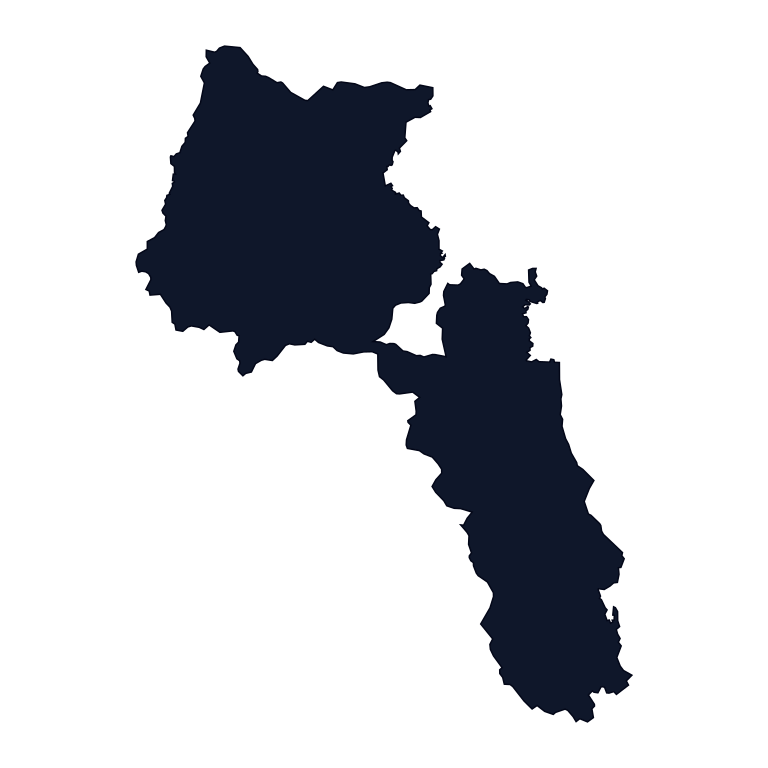 Luong Son, Ha Noi, Vietnam (orthographic projection)
{"feature_id": "81297802B92770026846870", "entity_name": "Luong Son", "entity_type": "district", "adm_level": 2, "iso_a3": "VNM", "parent_name": "Vietnam", "parent_adm1": "Ha Noi", "projection": "orthographic", "projection_center": [105.569, 20.782], "detail": "fine", "context": "isolated", "style": "filled", "palette": "ink", "viewbox_px": 768, "rotation_deg": 0, "n_neighbors": 0, "source": "geoboundaries", "source_scale": "gbopen_adm2", "svg_char_len": 6091}
<svg xmlns="http://www.w3.org/2000/svg" viewBox="0 0 768 768"><path d="M420.4,117.5L430.6,111.6L429.9,109.9L431.9,108.7L430.2,105.7L429.0,106.3L427.9,103.0L428.5,99.7L430.7,99.2L432.9,95.9L432.8,87.7L419.9,85.1L415.1,89.6L406.3,89.8L390.4,82.6L387.2,82.2L381.7,82.8L369.7,86.8L364.4,87.5L354.9,83.8L341.2,82.0L337.4,82.6L332.8,89.9L323.5,86.3L307.8,100.6L304.9,100.3L290.7,92.4L282.6,83.0L280.9,82.0L277.0,82.7L268.6,77.6L265.6,76.3L261.5,76.0L257.2,73.1L257.9,71.5L257.6,69.5L252.9,64.2L248.1,56.4L240.1,47.6L224.5,46.1L219.4,48.1L216.6,51.4L214.6,52.2L206.3,50.2L206.2,56.8L209.8,63.1L205.1,66.5L203.2,69.0L200.8,76.3L204.4,82.9L200.4,103.1L193.2,115.1L194.8,118.5L195.0,121.1L187.5,132.7L188.1,136.4L185.4,138.3L185.2,142.4L181.9,146.3L179.9,152.7L176.3,153.9L174.0,156.6L170.9,155.8L170.4,157.0L170.9,163.6L174.4,166.4L174.5,172.4L175.5,174.0L173.3,174.1L172.5,180.6L174.3,181.1L174.5,182.1L172.3,183.4L172.7,186.3L169.3,193.2L169.9,194.3L166.9,195.4L166.6,197.7L164.8,200.4L165.6,204.2L162.0,210.3L163.0,213.2L166.0,216.2L165.3,220.6L166.3,224.7L165.7,226.5L164.0,229.6L158.6,232.5L154.6,237.6L147.3,241.5L147.3,249.1L138.4,254.2L136.1,261.9L136.4,265.4L138.7,272.3L141.8,271.2L145.6,271.8L148.6,273.6L150.8,277.4L150.9,279.7L145.9,289.5L149.2,291.0L150.0,295.1L160.4,294.3L166.1,303.1L170.0,307.2L171.6,311.1L172.2,322.3L174.9,324.1L176.0,330.0L182.8,331.3L187.8,327.0L191.3,325.9L199.2,327.3L203.9,329.5L209.1,324.9L219.9,332.3L233.0,330.9L234.9,331.6L237.2,335.3L239.1,335.7L238.6,342.1L235.9,344.9L233.8,351.3L236.9,358.8L239.6,360.7L240.0,363.2L238.0,369.1L238.5,371.4L242.9,375.8L245.7,373.4L251.4,372.0L255.5,363.6L261.3,360.3L264.7,359.3L272.4,360.5L277.1,356.1L285.5,345.4L289.4,343.8L294.8,344.9L304.9,344.3L307.4,341.3L311.2,342.3L314.7,339.2L318.5,342.5L327.3,345.9L333.0,346.7L337.1,350.6L343.3,353.0L353.3,353.9L363.6,351.9L372.2,351.7L377.8,354.0L378.0,370.1L379.5,376.7L383.6,379.9L392.6,390.8L396.5,393.7L399.6,393.9L412.7,392.1L419.7,397.4L414.9,401.3L416.2,411.3L416.0,414.8L407.8,420.7L408.1,422.4L410.9,425.2L406.5,439.8L406.2,445.0L407.4,448.4L419.4,450.6L424.0,453.9L432.3,457.1L438.1,463.8L441.6,469.1L441.7,473.2L435.9,479.7L432.1,486.5L435.7,492.3L443.8,500.7L446.8,505.8L454.2,508.3L460.6,508.6L472.2,512.1L467.2,518.2L463.6,525.2L460.7,524.9L467.0,532.3L469.0,535.7L468.6,544.4L471.5,552.9L469.3,555.9L469.3,557.7L470.9,560.8L473.4,562.6L473.5,565.8L476.3,573.1L478.2,575.7L487.4,582.0L493.4,592.7L493.5,596.6L490.0,607.9L480.7,624.0L492.7,638.9L489.9,644.4L490.4,649.4L493.5,655.9L502.1,667.7L499.7,669.8L499.8,673.6L502.7,677.4L504.3,684.2L510.1,684.5L512.8,686.6L524.1,701.1L532.1,709.0L537.1,705.5L544.7,711.4L553.3,714.4L555.5,712.4L565.1,709.1L567.8,710.4L573.1,716.6L576.1,721.6L579.8,718.7L587.5,721.9L593.4,717.6L591.9,708.8L594.5,706.1L594.4,704.3L588.4,695.0L592.4,690.9L593.9,692.2L597.9,692.8L601.0,686.9L602.6,686.7L604.6,687.3L606.7,692.9L609.0,693.1L613.8,691.6L616.4,694.4L628.5,685.1L626.3,680.9L631.9,675.2L623.5,670.5L620.2,666.1L616.8,657.5L621.2,645.9L618.3,642.2L620.1,638.5L617.6,634.1L616.3,629.4L619.6,626.6L617.7,620.7L617.6,611.6L615.4,607.7L613.6,606.8L612.8,615.1L614.3,615.3L614.1,620.1L612.2,620.2L612.8,622.0L610.6,623.3L609.2,620.0L607.1,620.6L604.8,614.2L607.1,609.9L605.2,607.8L601.4,599.7L599.5,598.3L600.5,596.2L598.1,589.5L598.5,588.7L604.2,589.5L610.1,586.0L613.6,582.9L617.4,582.4L619.0,574.3L618.4,567.7L620.9,567.4L624.2,558.7L621.8,555.7L622.5,552.6L603.4,534.4L601.6,531.1L600.8,525.5L599.7,523.7L591.0,515.3L588.4,514.0L584.2,501.4L589.3,488.5L593.9,480.5L582.8,469.4L577.3,465.7L576.7,462.6L571.3,453.2L568.6,444.4L565.6,438.7L562.0,426.3L562.6,419.3L560.2,414.6L561.5,406.0L560.9,398.9L561.8,394.6L559.5,379.6L559.4,362.5L554.5,362.3L553.8,359.7L550.9,359.1L549.6,362.1L539.0,361.7L536.3,359.5L531.6,361.9L526.5,360.8L526.1,360.1L530.3,355.4L526.7,352.3L530.0,350.4L530.0,347.6L532.7,346.2L532.9,343.5L529.4,340.9L529.3,338.8L530.8,337.6L529.3,335.8L530.4,332.8L528.6,328.1L525.9,325.7L528.1,323.0L528.5,319.6L526.5,316.7L523.5,316.7L522.5,313.8L526.0,312.8L525.9,310.9L527.8,309.4L528.4,307.1L527.7,306.6L524.6,308.6L522.6,306.8L525.2,304.7L529.2,305.0L530.3,303.9L527.8,301.3L525.7,300.4L526.3,299.4L529.3,299.7L530.0,301.4L536.8,303.5L537.7,303.2L537.4,301.8L540.3,300.5L542.9,302.5L544.2,302.3L545.4,298.6L544.8,296.9L546.9,294.3L547.5,290.8L544.1,288.2L542.3,289.2L541.6,287.8L538.0,285.8L534.2,279.8L536.7,276.1L535.2,271.9L536.1,268.4L532.7,268.4L528.6,270.0L529.0,282.2L531.2,286.1L526.6,287.7L525.3,287.2L522.9,283.7L517.8,281.9L510.6,282.5L507.1,283.9L499.4,283.5L494.4,276.3L489.5,273.6L487.0,270.6L484.2,269.2L480.9,269.9L475.9,268.3L474.1,269.1L469.7,263.4L462.1,269.0L461.6,275.2L464.1,278.7L463.5,279.9L460.4,283.9L458.1,285.1L449.6,284.8L447.8,283.4L443.8,291.5L443.5,295.4L445.3,304.8L444.9,306.2L440.3,308.2L437.5,312.4L436.8,315.2L436.4,323.3L442.6,328.2L442.2,339.2L446.1,356.7L435.1,354.6L432.5,354.5L423.9,357.0L420.2,355.4L416.4,355.7L407.1,351.6L403.0,351.0L395.7,344.3L393.9,343.6L389.8,343.5L386.4,344.7L380.2,342.0L373.0,341.6L384.2,334.4L388.9,327.9L391.8,319.2L392.8,308.3L395.5,305.2L400.9,303.0L408.4,302.5L414.7,303.3L419.9,302.0L421.8,301.1L429.1,293.4L429.3,287.6L431.0,284.3L430.7,274.0L432.1,273.7L434.0,271.4L436.6,270.7L436.9,268.7L440.1,266.9L442.1,264.2L439.9,262.3L440.0,260.6L443.8,259.9L444.5,258.3L443.5,257.4L445.4,256.3L445.1,254.6L442.6,257.6L440.4,255.7L440.5,253.6L441.9,253.2L441.1,252.4L442.3,251.0L439.0,249.2L439.0,240.6L437.4,234.3L439.4,229.1L435.6,226.7L432.3,229.7L430.3,229.6L427.1,225.8L428.9,222.7L421.4,217.0L421.1,211.0L419.1,210.5L417.2,207.7L414.0,207.9L410.5,205.5L408.6,203.2L408.4,200.8L404.3,197.7L403.3,195.1L400.9,195.3L399.2,193.0L395.4,194.2L395.6,192.5L391.5,190.0L392.2,188.4L390.9,186.5L392.5,185.7L390.9,183.3L385.3,185.9L383.0,173.0L387.2,169.7L386.8,166.5L388.0,166.5L389.4,164.8L391.1,165.4L392.2,164.8L393.0,161.7L392.1,160.3L392.2,157.2L394.9,150.5L395.9,150.2L398.1,152.2L398.3,153.8L400.4,151.4L399.4,148.1L406.7,140.7L404.8,137.8L406.0,122.2L415.0,117.3L420.4,117.5Z" fill="#0f172a" stroke="#020617" stroke-width="1.5"/></svg>